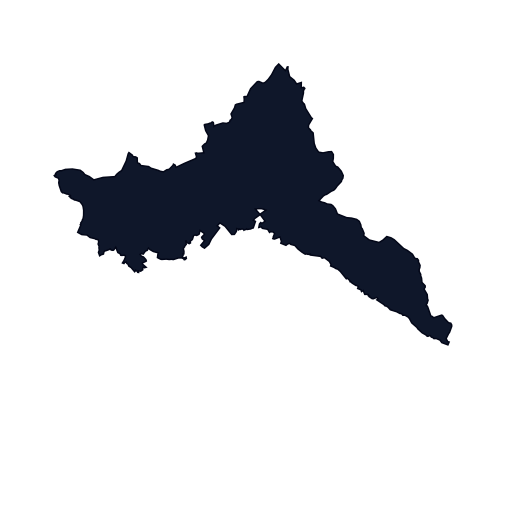 Sieu, Bistrita-Nasaud, Romania, rotated 56°
{"feature_id": "2599482B45546985901093", "entity_name": "Sieu", "entity_type": "district", "adm_level": 2, "iso_a3": "ROU", "parent_name": "Romania", "parent_adm1": "Bistrita-Nasaud", "projection": "orthographic", "projection_center": [24.629, 47.002], "detail": "fine", "context": "isolated", "style": "filled", "palette": "ink", "viewbox_px": 512, "rotation_deg": 56, "n_neighbors": 0, "source": "geoboundaries", "source_scale": "gbopen_adm2", "svg_char_len": 6144}
<svg xmlns="http://www.w3.org/2000/svg" viewBox="0 0 512 512"><g transform="rotate(56 256 256)"><path d="M437.0,146.6L435.3,144.0L434.3,144.9L430.8,144.6L428.1,139.8L427.5,138.2L423.8,133.1L422.6,132.3L420.6,132.1L419.0,133.7L413.3,134.6L409.6,134.6L408.8,135.2L406.6,143.1L404.3,143.9L403.5,144.6L394.2,142.1L392.8,142.1L392.4,142.6L391.2,141.5L391.0,140.7L388.8,138.0L387.6,137.8L383.7,135.6L377.4,135.2L376.4,133.1L375.2,132.4L370.7,133.2L366.9,131.1L364.5,130.5L363.3,129.7L360.0,129.3L358.4,128.2L357.2,126.6L355.5,125.2L351.7,124.6L350.4,123.7L348.4,123.8L347.6,124.9L346.4,125.6L342.0,125.3L336.0,127.4L332.4,129.4L319.8,132.3L316.4,133.9L313.0,136.7L313.8,142.0L313.6,146.4L306.1,153.1L299.4,155.4L297.6,153.7L292.8,152.7L291.3,152.9L288.8,151.7L285.0,151.0L281.9,152.1L278.0,155.6L274.9,159.4L266.7,165.0L261.3,163.8L257.2,164.2L255.2,165.0L252.6,168.0L250.3,169.3L247.9,171.5L245.3,172.9L243.9,166.6L243.9,164.7L244.4,162.9L244.4,157.4L244.9,154.7L244.5,152.5L243.4,149.7L242.0,143.6L240.8,142.2L240.1,140.5L238.1,138.7L233.4,137.9L228.0,138.5L226.0,139.8L220.6,139.6L218.3,137.3L215.1,135.1L211.7,135.0L210.1,137.7L208.0,142.8L204.9,146.0L200.0,146.1L195.2,144.8L185.9,139.8L182.6,140.6L181.8,140.3L180.2,140.7L178.7,140.7L176.7,139.0L173.6,132.4L172.2,132.8L161.6,132.4L157.6,131.1L157.0,131.0L156.9,131.4L154.8,131.3L154.4,131.6L152.8,131.1L147.4,125.5L145.3,124.1L145.1,123.3L144.5,123.0L144.6,122.2L144.3,121.8L142.8,122.1L141.9,124.5L137.5,121.4L136.1,126.1L131.6,126.1L126.1,127.8L119.0,125.2L117.1,123.7L116.7,124.3L118.2,126.7L118.7,128.1L109.5,129.8L110.5,134.4L114.5,141.8L116.4,147.0L117.2,151.2L116.7,153.6L112.9,156.0L112.2,157.5L114.3,166.9L118.7,174.1L118.5,174.8L117.5,176.1L117.3,177.0L119.3,178.0L122.0,180.0L119.3,187.3L119.2,188.6L121.2,191.0L124.3,197.3L127.7,198.2L128.6,199.4L129.0,200.3L129.0,201.5L130.0,202.8L130.2,203.7L129.6,206.3L127.2,209.1L125.1,216.1L125.1,218.4L121.4,216.7L120.4,217.3L120.5,219.4L120.0,220.2L119.8,221.6L118.3,224.9L118.4,225.6L123.9,227.6L129.7,228.1L132.9,231.3L134.6,234.1L134.4,236.0L135.0,239.2L141.3,241.5L137.7,248.0L137.3,247.7L136.9,248.7L140.4,249.8L141.5,251.3L139.2,263.4L137.8,272.7L135.5,272.2L133.7,273.1L134.4,274.0L135.5,279.2L135.3,280.2L134.6,281.7L134.5,285.7L132.0,288.2L130.4,289.1L124.4,294.0L121.8,295.0L116.6,300.9L114.2,300.9L112.8,302.1L111.3,301.6L108.3,299.6L106.6,300.3L105.2,302.0L104.2,302.4L103.3,302.1L99.2,303.5L99.8,304.8L104.7,310.5L110.0,319.5L110.0,322.8L110.4,325.9L111.3,328.6L105.3,338.9L102.2,347.9L96.9,349.8L92.8,352.4L90.1,352.6L86.6,353.8L81.2,359.6L77.6,365.6L76.5,369.7L75.5,371.1L75.0,373.7L75.5,376.0L76.6,376.2L76.8,376.6L76.4,377.1L76.5,378.3L78.1,378.2L81.0,376.3L83.0,376.8L85.0,378.6L87.5,379.7L93.8,381.4L95.5,381.0L96.1,380.1L98.9,378.2L99.2,377.6L102.1,376.0L102.5,376.2L102.4,377.3L102.9,377.0L103.7,377.3L106.0,376.3L106.6,375.6L107.9,375.3L109.0,374.1L112.5,371.5L116.4,371.3L118.3,371.7L121.7,373.3L125.9,376.2L128.3,378.4L128.8,379.5L129.9,380.8L130.6,382.8L131.3,382.9L131.7,384.1L132.5,384.1L136.7,390.6L140.8,388.5L144.1,384.4L147.9,383.2L151.5,379.9L152.6,379.4L154.1,377.7L156.3,378.5L157.8,380.2L160.6,380.8L161.3,381.6L163.5,382.7L164.9,384.6L168.4,385.5L168.4,383.7L169.1,381.4L167.6,379.8L167.1,378.7L167.1,378.2L167.6,377.9L168.5,374.2L168.4,373.5L168.8,372.8L170.0,372.8L171.3,371.4L171.5,370.7L170.3,367.4L175.9,368.6L178.1,367.4L179.8,367.7L180.5,366.9L181.7,364.7L182.8,364.2L184.1,365.1L185.9,367.9L187.1,370.6L188.4,369.7L188.0,368.4L188.3,367.0L190.0,367.2L191.3,366.7L193.3,367.1L195.7,366.0L201.2,365.4L200.6,363.7L201.2,363.8L202.0,363.0L203.4,363.2L204.0,362.5L202.6,361.6L204.1,360.1L204.1,357.6L202.7,356.8L202.2,355.8L203.3,355.2L203.9,353.4L199.4,354.6L198.2,354.1L198.9,350.1L198.8,349.7L197.4,349.3L193.9,349.8L192.1,351.1L189.8,351.2L189.9,349.3L190.4,349.3L191.4,348.4L190.1,345.0L190.5,343.0L189.3,340.7L191.4,340.3L194.9,338.6L198.9,335.1L199.6,336.3L202.2,338.6L205.3,336.9L206.2,336.0L208.4,332.1L210.3,330.0L211.6,327.7L212.7,326.6L214.3,321.2L216.1,318.6L217.8,317.5L218.9,317.6L219.3,317.0L219.1,315.1L217.8,314.6L217.8,315.5L217.2,317.0L216.4,317.5L215.4,317.4L214.6,316.0L213.5,315.3L213.9,314.6L211.8,313.1L209.5,312.2L208.9,311.6L208.4,309.9L207.8,309.4L207.4,307.4L204.2,305.9L204.5,305.4L206.0,305.9L208.4,304.5L208.0,303.5L208.5,303.1L206.9,301.9L206.7,301.4L206.9,300.4L206.5,299.2L204.2,296.4L204.4,294.9L205.8,293.7L206.1,291.6L206.0,290.8L203.5,288.1L208.1,286.4L209.2,286.7L210.0,290.6L211.7,291.0L214.5,290.0L216.2,295.8L218.4,295.4L220.7,294.3L220.0,288.7L216.9,283.4L212.4,270.4L209.3,271.3L208.4,267.4L214.1,265.0L224.6,264.1L226.0,261.8L224.9,259.1L224.0,257.7L222.5,256.6L223.7,255.6L224.4,255.8L224.2,254.8L225.1,254.5L225.8,252.3L227.1,251.5L227.9,251.6L227.9,250.6L228.4,249.7L228.2,248.6L229.1,248.4L230.6,245.3L230.8,243.7L231.2,242.6L227.0,237.1L224.9,238.3L224.2,235.9L224.0,229.4L216.7,230.3L217.9,227.8L219.9,224.9L221.5,223.5L223.5,222.1L223.6,228.8L225.0,229.3L232.2,229.0L232.3,232.9L230.9,233.3L231.0,233.9L231.4,235.2L233.9,237.7L234.7,235.3L236.6,235.3L240.4,231.4L244.0,231.6L244.0,230.4L245.7,228.3L247.8,228.0L249.7,230.9L250.5,231.4L250.8,232.3L251.2,232.3L252.3,231.2L253.6,225.5L258.0,226.7L259.3,228.3L263.9,225.2L263.7,222.8L264.7,220.7L265.8,220.7L269.0,217.9L273.6,217.3L278.6,215.7L282.0,214.2L282.5,213.0L283.8,211.9L284.8,209.9L285.5,210.5L292.5,202.6L294.8,202.4L295.6,200.2L301.6,198.2L305.2,198.6L306.0,199.7L309.0,197.7L311.3,196.7L312.5,195.6L316.0,194.7L325.4,193.9L325.5,192.7L327.9,192.1L329.9,192.3L329.8,191.9L332.1,191.5L336.0,189.8L335.9,189.5L338.5,188.2L339.8,189.9L342.7,187.9L344.5,188.4L344.6,186.4L348.6,187.3L350.6,184.4L351.5,185.1L352.3,184.3L352.8,185.0L356.3,183.6L357.1,182.6L357.8,179.1L359.8,178.8L359.9,180.4L367.6,177.2L369.6,176.9L370.4,175.9L372.2,175.2L375.7,174.7L380.8,170.6L384.2,168.8L385.2,167.6L387.2,167.4L388.4,165.6L391.8,164.0L393.9,163.8L398.5,164.3L405.3,162.5L406.8,162.6L412.6,161.2L416.4,159.3L418.1,159.0L418.7,158.4L419.1,156.5L419.6,156.0L421.2,156.0L422.8,154.9L424.0,154.7L425.2,152.7L428.6,150.5L431.7,150.4L437.0,146.6Z" fill="#0f172a" stroke="#020617" stroke-width="1.5"/></g></svg>